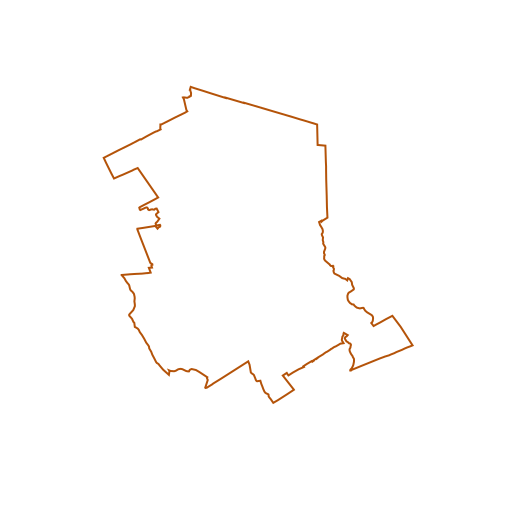 Vidra, Ilfov, Romania, rotated 26°
{"feature_id": "2599482B96476332132739", "entity_name": "Vidra", "entity_type": "district", "adm_level": 2, "iso_a3": "ROU", "parent_name": "Romania", "parent_adm1": "Ilfov", "projection": "robinson", "projection_center": [26.154, 44.284], "detail": "fine", "context": "isolated", "style": "outline", "palette": "amber", "viewbox_px": 512, "rotation_deg": 26, "n_neighbors": 0, "source": "geoboundaries", "source_scale": "gbopen_adm2", "svg_char_len": 6110}
<svg xmlns="http://www.w3.org/2000/svg" viewBox="0 0 512 512"><g transform="rotate(26 256 256)"><path d="M178.2,372.9L179.6,372.9L181.5,373.1L182.9,373.7L185.0,375.4L188.1,377.0L191.8,379.4L195.3,382.0L198.3,383.5L199.5,384.3L200.6,385.9L203.8,388.0L206.0,390.1L209.7,392.8L212.7,395.1L213.7,395.6L215.7,395.8L217.2,396.6L222.4,398.9L229.8,401.0L228.7,397.4L228.0,396.9L229.4,396.8L229.9,396.7L231.3,396.1L232.0,395.9L233.0,395.4L233.5,395.0L234.5,393.9L235.4,392.4L235.9,391.8L236.9,391.0L237.5,390.6L238.3,390.3L239.0,390.1L239.7,390.0L241.9,390.0L243.7,390.0L245.2,389.6L245.8,389.4L246.4,389.0L246.3,388.3L246.4,387.5L246.7,386.9L247.7,385.8L252.0,384.8L255.9,385.1L265.3,386.3L265.2,386.8L265.7,387.5L267.0,388.6L268.1,396.6L268.6,396.7L269.7,395.7L270.4,394.5L272.5,391.2L273.0,390.4L273.3,389.6L278.3,381.7L295.2,354.1L297.9,356.6L300.7,360.5L302.4,362.9L302.8,363.1L303.8,363.4L305.4,363.6L306.3,363.9L309.0,366.3L310.2,367.5L311.3,368.1L311.9,368.1L314.0,366.6L314.6,366.2L316.9,368.7L318.6,370.2L320.9,372.4L322.9,374.1L324.2,374.8L325.6,375.0L327.1,374.9L327.9,375.0L328.3,375.5L328.8,376.5L329.8,377.2L332.0,378.2L335.9,380.4L338.8,376.1L344.7,366.4L348.7,359.6L348.2,359.3L346.9,358.7L332.5,351.7L334.9,347.6L336.3,348.5L337.5,349.1L340.3,344.5L344.1,339.0L347.7,334.8L346.9,334.4L349.0,330.8L350.0,329.3L352.1,326.1L352.9,326.4L353.8,324.8L353.4,324.6L355.1,321.8L355.4,322.0L355.9,321.1L355.7,321.0L356.1,320.1L359.4,315.0L359.9,313.9L361.0,311.9L361.9,310.8L362.4,310.0L364.0,307.3L364.0,307.0L364.6,306.2L365.1,305.5L365.8,304.1L366.7,302.9L367.1,302.6L369.2,299.5L370.3,297.7L370.6,297.6L372.9,296.0L372.1,295.4L370.8,294.7L369.9,293.8L369.0,290.5L369.3,289.1L368.8,287.8L368.6,286.9L368.6,286.6L373.1,286.9L372.7,288.4L372.1,289.4L371.8,289.9L371.8,290.9L372.9,292.0L373.5,292.2L374.7,293.1L376.1,293.1L377.9,293.7L379.1,293.4L379.7,293.7L380.2,294.1L380.4,294.6L380.5,295.4L381.0,296.9L381.0,297.4L380.9,298.3L381.0,298.9L381.4,299.7L382.2,300.7L383.2,301.5L384.1,302.2L384.7,302.6L386.6,303.6L387.4,304.4L389.0,305.4L389.6,306.3L390.4,308.1L391.2,311.2L391.3,312.2L391.3,312.9L391.3,313.7L391.3,314.7L391.1,315.6L390.8,316.3L390.7,317.1L390.8,317.4L390.9,317.6L391.5,317.4L391.6,317.0L391.9,316.6L392.1,316.2L398.8,308.7L402.4,304.7L410.5,295.7L412.5,293.5L415.2,290.7L416.0,289.8L416.6,289.3L417.2,288.7L419.1,287.0L420.2,285.6L422.9,282.7L424.3,280.8L428.3,276.4L430.4,273.7L430.7,273.4L431.8,272.1L434.4,269.4L435.9,267.7L417.0,256.2L404.8,250.0L400.5,255.8L396.6,261.5L394.3,264.6L392.4,267.4L389.0,265.7L389.4,264.6L389.4,263.1L388.5,260.6L387.8,259.5L386.8,258.8L385.9,258.4L380.5,257.9L378.2,257.3L376.5,256.3L375.8,255.7L375.3,255.5L374.5,255.9L372.3,257.6L369.4,258.2L367.7,257.9L366.1,257.4L365.0,256.8L363.6,257.3L363.3,257.4L362.7,257.2L361.4,257.1L361.1,257.0L359.3,256.2L358.1,255.4L357.8,255.2L357.1,254.2L356.4,253.2L355.6,251.7L355.3,249.7L355.4,248.4L356.8,246.3L358.5,243.2L358.1,242.1L355.5,240.1L354.9,239.6L354.7,239.2L353.5,237.5L351.2,236.2L350.5,235.8L350.3,235.7L348.4,235.6L348.7,237.9L346.3,237.4L345.5,237.6L344.7,237.8L344.3,237.8L343.3,238.1L341.1,237.7L339.6,237.4L334.3,237.4L334.0,237.3L333.1,236.6L332.1,235.4L332.1,234.6L331.7,233.4L329.5,231.8L329.6,231.6L329.8,231.2L329.5,231.1L329.3,231.5L327.6,232.1L326.6,231.8L326.4,231.7L326.0,231.3L325.4,231.2L321.5,230.2L320.3,229.9L319.0,229.2L318.3,228.4L318.0,227.6L317.6,226.6L317.3,226.2L317.3,225.9L317.4,225.0L317.0,224.5L316.4,224.1L316.0,223.8L315.5,222.9L315.3,222.5L315.1,220.3L315.0,219.3L314.8,218.3L314.5,217.9L314.1,217.5L312.2,216.3L311.0,215.5L310.8,215.0L310.7,214.7L310.5,214.1L310.0,213.5L309.4,212.9L309.0,212.4L308.6,211.3L308.1,209.9L306.9,209.0L305.9,208.1L305.5,207.5L305.7,206.2L305.6,205.3L305.1,204.1L303.9,202.6L301.2,200.8L300.1,200.2L297.8,197.8L299.2,195.8L299.4,196.2L299.8,196.5L300.4,195.0L303.4,190.2L298.3,180.9L293.0,170.6L285.9,157.1L281.5,148.4L279.8,144.9L277.5,140.7L270.0,126.4L262.7,129.2L257.9,119.9L253.3,111.0L239.5,113.2L235.6,113.9L228.5,115.0L220.8,116.3L178.0,123.5L178.1,123.8L159.2,127.0L159.4,127.3L143.4,129.7L136.4,130.7L127.3,132.1L123.2,132.6L123.7,135.6L124.1,135.5L124.4,136.1L125.0,136.7L126.2,138.0L127.3,140.6L126.3,141.6L126.5,142.0L124.8,144.0L122.3,144.8L120.9,145.4L120.8,145.5L122.1,146.4L122.8,147.1L129.2,155.0L129.9,155.6L130.8,156.1L129.3,158.4L122.7,166.8L118.2,172.8L113.3,179.2L112.7,179.5L112.4,179.7L112.6,180.0L113.5,182.1L114.1,183.4L114.8,184.0L112.2,187.4L111.5,187.9L110.4,189.3L109.7,190.2L105.0,196.7L101.6,201.7L101.4,201.8L100.9,201.8L100.7,201.9L94.2,210.8L86.2,221.1L76.1,234.5L80.3,237.9L89.5,245.0L94.4,248.6L98.5,243.7L100.5,241.5L107.4,233.3L108.2,232.1L108.9,231.3L111.1,228.8L142.4,246.3L140.0,249.7L136.6,254.4L133.2,258.9L130.2,263.0L129.9,263.7L131.2,265.2L131.9,265.4L133.3,263.7L134.3,262.6L134.8,261.8L136.2,260.4L136.5,260.3L137.0,260.2L138.0,260.7L138.5,261.4L139.1,261.6L139.8,261.6L140.3,261.3L141.0,260.4L142.3,259.5L143.0,259.4L144.2,259.0L144.4,258.7L144.7,257.8L145.2,257.3L145.9,256.9L149.1,259.3L147.9,262.2L147.9,262.5L148.1,262.9L149.8,264.1L152.8,264.8L152.3,268.0L152.0,269.1L151.6,269.8L151.5,270.6L151.6,271.0L152.6,271.8L153.3,272.1L154.0,271.6L156.0,270.1L156.4,270.3L156.8,270.9L156.9,271.6L156.7,272.0L156.0,272.8L155.7,273.3L155.7,274.0L155.5,274.6L154.3,274.0L152.2,273.2L142.1,280.3L137.4,283.5L137.6,284.0L142.5,288.6L145.4,291.3L149.3,294.9L164.0,308.5L166.4,308.8L166.7,309.3L166.0,309.8L166.1,310.3L166.5,310.9L167.6,312.0L164.9,313.6L168.6,317.1L166.1,318.9L165.9,318.9L161.3,321.8L155.6,324.9L150.0,328.1L149.9,328.2L144.0,331.7L144.8,332.4L145.0,332.4L144.7,332.5L147.5,333.7L150.0,335.5L152.6,336.8L153.5,337.1L154.6,337.7L155.1,338.2L157.3,340.9L158.0,341.5L158.6,341.8L159.2,342.0L160.8,342.4L161.5,342.9L162.2,343.1L162.7,343.4L163.2,343.9L164.7,345.8L165.5,347.1L166.6,350.1L167.9,352.0L168.3,352.6L169.1,354.1L169.2,355.2L169.4,358.4L168.0,363.1L167.8,363.9L167.8,364.4L167.8,364.6L168.0,364.9L168.3,365.2L168.9,365.5L171.0,366.3L172.4,367.0L173.5,368.0L174.3,368.6L174.9,369.1L175.4,369.2L175.9,369.4L178.2,372.9Z" fill="none" stroke="#b45309" stroke-width="2"/></g></svg>